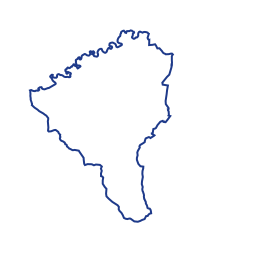 the district of Almas, Arad, Romania, rotated 332°
{"feature_id": "2599482B18318640394861", "entity_name": "Almas", "entity_type": "district", "adm_level": 2, "iso_a3": "ROU", "parent_name": "Romania", "parent_adm1": "Arad", "projection": "mercator", "projection_center": [22.225, 46.251], "detail": "fine", "context": "isolated", "style": "outline", "palette": "blue", "viewbox_px": 256, "rotation_deg": 332, "n_neighbors": 0, "source": "geoboundaries", "source_scale": "gbopen_adm2", "svg_char_len": 5642}
<svg xmlns="http://www.w3.org/2000/svg" viewBox="0 0 256 256"><g transform="rotate(332 128 128)"><path d="M108.4,214.2L109.2,212.1L109.5,210.6L109.3,209.4L108.2,208.6L107.7,207.6L108.2,206.1L108.4,204.4L108.3,203.7L108.4,202.8L108.9,201.9L109.1,200.9L108.9,200.1L109.2,198.8L109.0,198.3L109.9,195.8L110.5,195.0L110.9,193.7L111.0,192.8L111.3,191.5L111.3,190.4L111.9,188.7L113.3,187.0L113.8,184.1L115.3,181.7L118.1,178.2L119.1,175.3L120.6,172.8L122.4,170.9L123.4,169.3L121.0,167.6L120.3,164.5L120.9,160.3L121.8,158.6L123.7,156.6L124.7,154.0L126.0,152.8L129.2,150.8L129.5,149.5L130.8,148.7L134.7,148.5L136.3,148.2L136.8,147.3L138.6,145.6L139.1,145.5L142.1,145.8L142.7,146.4L143.1,147.4L147.2,147.1L147.9,146.9L146.3,144.3L146.5,143.9L146.9,144.0L147.2,144.4L149.9,140.8L151.8,141.2L152.7,141.1L155.4,139.3L159.4,137.7L160.0,137.7L162.0,138.0L162.1,139.0L162.8,139.2L162.7,139.7L163.9,140.5L166.5,139.4L170.9,137.3L169.7,136.0L170.2,135.7L171.7,132.4L171.6,131.3L172.1,130.8L172.1,130.1L172.9,130.1L173.2,129.3L172.6,124.7L173.9,121.8L177.9,116.4L180.3,112.9L183.2,109.2L179.0,106.0L179.6,104.1L186.4,101.2L189.5,100.3L194.5,95.2L196.1,93.3L195.8,93.1L196.3,92.3L196.5,92.4L197.4,91.2L198.6,88.6L200.4,85.2L201.5,84.4L202.1,84.2L201.9,83.3L201.7,82.9L200.5,82.4L198.6,81.9L195.9,80.6L195.8,80.2L194.9,79.1L194.4,78.3L194.2,77.3L194.1,76.0L193.2,72.4L191.3,71.5L191.4,68.3L191.2,66.8L188.5,66.0L185.6,64.7L188.1,60.3L187.9,60.3L187.5,59.2L187.5,58.5L187.6,57.6L190.6,54.6L190.3,54.2L190.1,53.0L189.3,52.1L188.0,51.1L186.7,50.6L185.7,50.7L183.8,48.5L183.3,48.4L182.8,48.4L181.6,49.1L181.0,50.0L180.3,51.4L178.9,52.2L178.2,52.2L177.7,51.8L177.3,51.8L175.7,52.2L174.8,51.8L174.1,50.4L174.1,49.8L174.4,49.4L175.0,49.1L175.9,48.2L176.5,47.1L177.6,46.9L178.2,46.6L178.3,46.4L178.3,45.7L177.5,45.1L177.3,44.6L177.2,44.0L176.2,43.1L174.7,43.1L174.0,42.8L173.7,42.5L172.4,42.0L171.9,42.1L171.3,43.0L171.0,43.2L170.7,42.9L170.3,42.5L170.2,40.9L170.0,40.1L168.7,39.8L167.4,40.0L166.8,40.2L166.3,41.1L165.3,41.6L164.9,42.4L164.2,43.2L162.9,43.5L161.5,44.2L160.2,45.3L159.4,46.7L159.3,47.5L159.9,48.7L160.8,49.7L161.6,50.3L161.9,50.8L161.7,51.6L161.4,51.8L160.8,51.9L157.5,51.9L156.7,51.8L156.3,51.5L155.9,50.7L156.2,49.4L156.3,48.2L156.0,47.4L154.7,45.5L154.1,45.1L152.5,44.7L151.5,44.8L151.0,45.3L150.3,46.4L150.5,47.1L151.8,48.2L152.0,48.5L151.9,49.2L151.7,49.5L150.6,50.1L150.1,50.1L149.5,49.6L149.4,49.4L149.5,49.1L149.2,48.6L148.8,48.3L148.1,48.3L146.9,49.0L145.8,49.8L145.1,50.6L143.6,51.0L143.2,50.9L142.9,50.7L142.2,49.7L141.7,48.5L141.6,47.4L141.8,46.6L141.8,45.7L140.6,45.1L138.9,45.2L138.3,45.5L137.0,46.4L136.3,47.4L136.3,48.4L135.9,49.4L135.2,50.2L134.0,50.4L131.9,48.7L131.8,48.3L132.2,46.8L131.9,46.5L131.3,46.4L131.0,46.0L131.1,45.8L131.7,45.7L132.2,46.1L133.6,45.8L133.7,44.6L133.4,44.0L132.3,43.8L131.8,44.0L131.6,43.9L131.4,43.2L131.1,42.7L130.3,42.6L130.1,42.7L129.9,42.9L129.9,43.9L129.2,45.1L128.1,45.7L127.5,45.7L127.0,45.5L126.0,44.6L125.2,43.1L124.7,42.4L124.2,42.3L121.8,42.4L121.3,42.6L120.7,42.9L119.9,44.2L119.1,45.0L118.6,45.2L117.9,45.1L117.7,44.7L118.3,43.2L118.2,42.7L117.5,42.5L117.2,42.5L116.5,42.9L116.0,43.4L114.9,43.3L113.9,43.5L113.4,44.2L113.3,44.9L112.7,45.7L112.6,46.6L112.3,47.4L112.3,48.2L112.6,48.9L114.5,50.1L114.8,50.5L115.0,50.8L114.9,51.3L114.4,51.5L113.7,51.4L112.5,51.8L111.6,51.8L111.4,51.1L111.5,49.7L111.1,49.1L110.4,48.3L110.6,47.5L110.5,46.8L110.2,46.3L109.5,46.3L109.2,46.6L109.1,46.9L107.5,47.1L107.5,47.3L107.3,47.5L106.3,47.3L105.0,47.7L104.1,47.5L103.5,46.6L103.1,46.3L102.0,46.7L101.6,47.1L100.9,47.0L100.2,47.1L99.8,47.6L99.6,48.0L99.5,48.3L99.6,48.6L100.3,49.4L100.3,49.6L99.3,50.3L99.3,51.0L99.4,51.3L99.8,51.5L100.6,51.4L100.8,51.1L100.8,50.6L101.0,50.4L101.7,50.7L101.8,51.1L102.8,52.1L103.0,52.4L103.1,52.7L103.1,53.1L102.8,53.5L101.8,53.9L101.6,54.4L101.6,55.1L101.2,55.6L100.8,55.8L99.8,55.5L98.2,54.1L97.7,54.1L96.4,53.4L95.8,52.8L95.3,51.9L95.1,51.2L94.7,50.6L93.8,49.8L93.1,49.5L92.6,48.4L91.9,47.8L90.8,47.7L90.0,48.3L89.4,49.4L89.1,49.7L88.2,49.9L86.5,48.9L85.7,48.1L85.6,47.5L85.8,46.8L86.5,45.8L86.1,45.4L85.6,45.2L84.2,45.6L83.7,45.8L83.4,46.1L83.5,47.0L83.8,47.7L83.9,48.3L83.8,50.9L84.1,51.5L84.2,52.1L84.9,53.4L85.1,54.0L85.0,54.9L84.6,55.2L77.3,55.5L76.7,55.5L76.3,55.2L72.5,54.7L71.3,53.8L70.9,53.3L70.7,53.0L70.6,52.5L70.8,52.0L70.8,51.4L70.0,51.0L69.3,50.7L67.6,50.9L67.4,51.0L67.2,51.3L67.5,52.0L67.5,52.6L66.7,52.9L66.0,52.8L65.1,52.1L64.1,51.8L63.2,51.8L61.7,50.8L60.3,49.0L59.1,48.8L59.1,49.5L58.2,51.2L58.0,51.9L56.8,53.9L56.0,56.2L55.6,56.7L55.2,58.0L54.9,60.2L54.7,60.7L54.7,61.4L54.1,62.6L53.9,62.7L55.0,66.0L56.8,69.4L57.5,71.4L60.1,75.5L60.8,77.2L61.3,77.9L61.8,79.2L61.9,80.1L62.2,81.8L61.6,82.9L60.4,84.4L57.9,90.2L56.1,92.9L56.4,93.9L58.5,94.8L61.9,95.2L63.1,95.7L63.4,96.1L64.6,98.7L64.4,99.9L64.8,101.6L65.0,102.1L64.2,103.1L64.1,104.1L63.7,104.6L63.1,104.9L62.8,105.7L62.8,106.9L63.1,107.9L64.3,109.3L64.8,110.1L64.9,110.6L65.3,111.2L65.0,112.9L65.6,113.4L65.9,114.2L65.8,114.8L65.4,115.6L66.1,117.1L66.4,118.5L67.2,119.4L68.5,121.4L69.4,121.9L70.6,122.3L73.9,124.9L74.0,126.6L74.8,133.5L74.1,135.0L72.5,139.1L72.6,140.5L75.3,140.9L79.0,143.0L80.4,144.9L82.5,145.2L84.4,146.4L85.9,147.4L86.8,149.7L85.0,151.2L84.7,153.5L82.8,155.5L81.6,157.9L82.6,158.9L82.8,160.2L81.1,162.4L79.5,165.4L79.8,169.1L80.4,171.6L77.8,175.7L76.9,178.3L77.8,181.4L79.5,185.9L82.6,191.4L82.9,193.3L81.6,195.5L81.6,197.2L82.4,199.9L82.5,202.5L82.2,205.5L83.3,207.0L84.7,208.1L85.7,208.3L87.2,208.8L87.8,209.5L89.7,213.4L92.7,215.4L95.2,215.8L97.1,215.8L99.9,216.2L102.6,214.3L104.1,214.9L105.0,214.3L106.7,213.8L108.4,214.2Z" fill="none" stroke="#1e3a8a" stroke-width="2"/></g></svg>